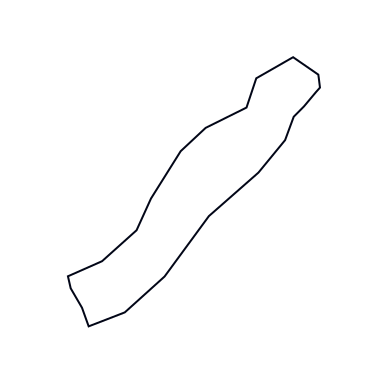 SVG path tracing the border of Aerodrom, rotated 101°
{"feature_id": "MKD-2937", "entity_name": "Aerodrom", "entity_type": "Municipality", "adm_level": 1, "iso_a3": "MKD", "parent_name": "North Macedonia", "parent_adm1": "", "projection": "equal_earth", "projection_center": [21.482, 41.951], "detail": "fine", "context": "isolated", "style": "outline", "palette": "ink", "viewbox_px": 384, "rotation_deg": 101, "n_neighbors": 0, "source": "natural_earth", "source_scale": "10m", "svg_char_len": 450}
<svg xmlns="http://www.w3.org/2000/svg" viewBox="0 0 384 384"><g transform="rotate(101 192 192)"><path d="M46.1,125.1L40.4,118.5L52.7,90.4L55.6,89.4L65.1,86.3L70.5,89.5L86.6,98.4L98.7,106.5L123.3,110.5L160.3,130.5L212.4,170.8L280.2,202.8L323.0,235.0L343.6,267.8L326.6,277.9L309.7,292.7L298.4,297.7L277.1,267.1L240.1,239.1L206.2,231.0L154.1,210.9L126.4,190.8L98.7,154.6L68.1,150.6L46.1,125.1Z" fill="none" stroke="#020617" stroke-width="2"/></g></svg>